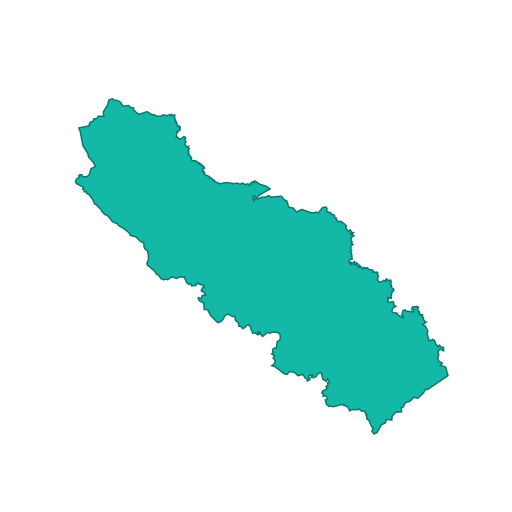 outline of Yali, Antioquia, Colombia, rotated 51°
{"feature_id": "7082276B99209439763300", "entity_name": "Yali", "entity_type": "district", "adm_level": 2, "iso_a3": "COL", "parent_name": "Colombia", "parent_adm1": "Antioquia", "projection": "orthographic", "projection_center": [-74.75, 6.718], "detail": "fine", "context": "isolated", "style": "filled", "palette": "teal", "viewbox_px": 512, "rotation_deg": 51, "n_neighbors": 0, "source": "geoboundaries", "source_scale": "gbopen_adm2", "svg_char_len": 6111}
<svg xmlns="http://www.w3.org/2000/svg" viewBox="0 0 512 512"><g transform="rotate(51 256 256)"><path d="M91.8,233.9L91.3,236.2L87.7,239.7L87.6,241.8L84.8,245.3L81.9,246.3L80.7,248.0L75.3,249.8L72.2,258.1L65.6,259.2L63.7,258.0L62.2,259.7L58.8,260.4L55.8,265.3L51.3,264.4L47.4,266.2L46.1,268.0L43.4,268.5L42.2,272.0L45.3,276.5L48.0,284.1L51.7,286.3L48.0,290.9L49.1,293.0L47.3,295.7L48.7,298.0L47.7,300.3L48.4,302.4L49.5,303.1L49.4,304.6L45.0,313.1L48.5,314.2L61.4,321.1L70.6,322.2L73.7,323.8L81.5,323.5L85.4,324.6L84.3,329.3L87.8,334.1L88.0,337.6L85.0,341.1L83.5,340.2L82.0,341.5L82.0,343.0L83.4,343.6L83.3,347.2L84.6,349.5L86.6,350.0L94.2,346.8L94.8,348.6L96.7,348.2L98.1,349.1L99.3,347.3L100.9,348.2L103.0,347.1L109.4,347.3L114.2,348.7L115.1,347.9L123.5,347.2L124.9,347.9L125.9,346.9L127.9,347.7L131.8,345.8L139.0,346.0L143.9,343.4L145.7,343.7L151.9,341.3L157.9,340.1L161.0,340.7L165.5,337.3L172.1,336.6L175.1,335.0L179.1,337.6L181.6,337.8L183.4,337.0L187.4,338.9L191.4,342.1L192.5,344.8L194.4,346.2L203.8,344.3L208.1,344.8L209.2,343.6L213.7,344.2L216.5,342.6L217.1,340.7L218.9,339.4L219.2,334.7L223.5,331.8L224.6,327.3L226.2,326.7L226.9,324.9L232.9,326.6L235.6,326.2L236.6,324.0L238.6,324.9L241.1,321.2L239.8,318.1L242.4,317.8L245.5,315.4L247.5,315.6L246.9,317.5L248.6,320.5L250.7,319.5L254.6,319.5L252.9,322.9L254.7,325.4L252.0,327.0L253.0,327.9L255.7,328.1L259.8,326.2L264.9,329.9L267.3,327.4L273.8,328.8L283.8,327.7L284.8,325.0L284.6,322.0L282.7,317.0L283.5,314.3L288.4,312.2L289.5,310.4L293.0,312.4L297.4,311.8L299.8,313.5L301.1,312.1L304.0,312.1L304.6,309.7L304.0,306.5L304.8,305.0L306.0,305.3L307.1,304.3L309.9,306.1L314.1,307.1L315.0,305.1L318.1,304.3L316.2,302.4L317.0,301.1L318.5,301.0L318.1,302.1L318.9,302.8L319.8,301.5L322.6,301.7L322.7,294.9L324.8,293.9L325.4,291.1L329.1,287.3L332.1,286.7L335.1,288.7L336.3,290.6L335.9,293.5L340.4,298.2L339.2,299.5L339.0,301.4L340.8,303.3L341.9,303.3L342.1,305.5L345.0,304.2L346.1,306.9L349.7,307.0L351.3,309.7L351.1,312.7L354.1,310.9L365.9,308.0L367.6,306.3L366.8,303.2L368.8,300.7L371.3,299.2L375.3,298.8L377.7,294.1L382.1,294.5L383.5,293.5L385.4,294.8L386.0,291.8L383.8,291.4L382.1,289.9L384.1,286.9L385.0,289.5L386.8,287.9L387.6,284.7L386.6,283.1L386.8,279.9L387.8,278.7L393.8,281.6L397.8,280.2L396.5,277.8L400.6,278.0L399.7,280.2L401.7,281.4L401.4,283.6L403.2,283.4L403.7,286.7L402.7,288.7L403.8,291.1L405.9,290.5L407.2,292.1L408.1,290.0L411.2,289.8L412.0,290.4L411.5,292.7L415.6,294.6L419.1,293.9L419.7,292.2L421.7,291.0L425.6,282.2L427.1,282.3L427.9,280.7L429.3,280.9L430.7,279.7L435.3,280.6L435.9,277.8L438.6,275.0L440.0,271.9L442.2,272.0L445.6,269.1L447.7,270.2L448.8,269.6L449.2,270.8L450.9,270.9L452.0,272.4L455.2,271.7L460.6,273.4L463.3,273.2L465.1,276.2L468.6,276.3L469.4,273.1L466.1,264.9L467.1,260.7L465.1,257.4L469.0,253.7L466.1,251.0L465.4,245.7L468.7,240.9L465.4,238.7L466.1,236.3L464.7,234.5L464.2,231.5L465.8,227.8L465.2,222.0L468.4,219.9L467.8,211.9L466.3,208.6L467.7,206.5L469.8,182.1L461.6,178.5L457.2,181.6L456.6,178.7L452.6,180.1L449.7,179.0L447.6,176.0L444.9,175.0L444.3,171.4L447.7,169.9L445.2,167.8L443.3,169.5L440.7,169.6L441.0,171.5L436.9,171.6L433.9,170.4L432.0,171.1L432.0,172.7L430.1,174.7L423.9,171.7L422.2,169.6L417.1,168.6L414.3,169.6L414.5,165.3L413.4,166.1L410.2,165.6L409.0,164.6L407.6,164.9L406.5,163.6L404.8,165.6L403.7,164.7L402.6,165.3L402.1,164.1L400.0,164.5L397.8,162.0L396.3,162.9L394.1,166.6L395.3,168.4L397.5,167.1L398.4,169.3L396.6,169.9L396.6,171.2L394.2,172.9L393.8,174.1L391.8,174.1L390.8,175.8L393.7,179.9L395.0,179.3L395.4,180.3L396.4,180.4L396.3,181.3L392.7,182.0L391.6,183.0L389.1,182.4L385.7,185.4L384.4,185.2L382.6,182.4L383.2,179.0L381.2,179.7L378.3,178.1L377.1,178.7L376.1,181.8L374.1,182.5L373.9,181.0L371.3,180.1L374.0,177.5L372.1,176.3L369.5,172.7L369.6,170.6L368.1,169.9L365.8,170.5L363.7,169.0L362.7,169.6L361.3,167.2L359.5,166.5L358.1,168.8L356.1,168.8L356.0,169.9L357.2,171.0L355.2,172.2L355.4,174.0L353.6,177.1L350.3,176.1L348.7,173.4L346.6,173.4L345.9,172.0L344.6,172.1L344.0,173.7L342.4,174.1L342.0,175.2L340.4,174.2L336.9,177.2L335.6,176.7L334.2,178.2L334.2,179.2L332.7,179.3L333.0,181.5L330.2,181.2L329.6,183.2L329.1,181.6L328.3,181.3L328.7,182.5L327.5,183.3L326.0,181.9L325.0,182.0L326.1,182.9L324.9,184.9L324.8,183.5L322.1,183.0L322.7,187.0L321.5,186.1L321.5,187.4L320.4,186.5L320.1,187.9L318.2,186.8L318.1,184.4L319.0,183.3L314.0,180.0L312.2,180.4L312.0,178.2L310.1,178.0L308.0,175.8L307.9,173.3L306.0,173.7L305.3,172.2L304.2,172.7L303.0,171.7L301.5,169.6L301.9,167.2L300.6,167.8L299.8,166.9L299.5,168.6L297.7,168.5L298.7,166.0L297.5,166.8L295.1,166.2L295.0,168.7L290.8,168.7L289.6,166.9L288.0,166.8L282.4,168.3L280.5,170.8L278.0,170.5L277.3,169.7L275.3,170.7L274.5,169.7L272.4,169.8L271.2,171.3L269.4,170.7L266.1,173.1L263.6,170.8L262.0,170.8L260.2,173.8L261.8,180.7L259.6,181.6L259.1,183.7L256.4,186.4L248.5,191.2L247.4,196.9L242.3,196.9L238.4,199.8L232.6,197.4L230.0,198.7L225.5,198.7L219.7,207.2L217.0,208.2L216.4,211.3L213.8,214.8L213.1,218.4L210.6,220.7L211.6,222.8L209.4,222.3L207.7,220.3L208.0,219.3L209.8,219.9L211.5,219.3L210.8,214.4L212.8,202.8L208.1,204.2L202.2,208.1L197.2,209.4L196.8,210.4L197.7,211.3L196.3,211.7L196.0,214.9L197.2,215.1L197.2,216.7L194.8,216.9L193.6,219.6L190.6,220.7L190.4,223.2L187.6,224.6L185.9,227.6L180.2,232.8L177.4,238.3L172.6,241.1L170.9,240.6L170.1,241.7L167.8,241.5L166.2,242.9L165.3,242.1L160.0,244.9L158.8,244.0L158.9,242.6L158.2,244.3L157.1,244.3L156.7,243.4L156.0,244.1L154.5,241.8L155.3,240.8L153.4,240.2L151.6,241.3L150.7,240.5L149.8,241.8L148.2,241.2L147.8,242.8L146.7,242.2L144.0,243.0L144.1,243.9L143.1,243.8L142.1,245.5L140.7,245.6L138.9,244.3L135.4,244.2L134.8,245.2L133.0,242.7L131.6,242.7L130.7,240.4L129.9,240.8L128.3,239.3L127.9,241.1L124.9,241.1L123.4,239.8L123.4,238.8L120.5,237.9L120.0,236.3L118.6,236.4L117.7,237.4L118.0,239.0L117.0,241.9L114.3,242.1L113.6,243.2L110.1,239.9L110.7,239.2L109.5,238.5L110.6,236.2L108.3,234.0L108.2,234.9L106.7,233.9L105.9,235.1L101.8,233.7L101.2,234.5L100.8,233.4L97.3,232.3L95.4,230.4L94.2,232.5L93.1,232.3L92.8,233.9L91.8,233.9Z" fill="#14b8a6" stroke="#0f766e" stroke-width="1.5"/></g></svg>